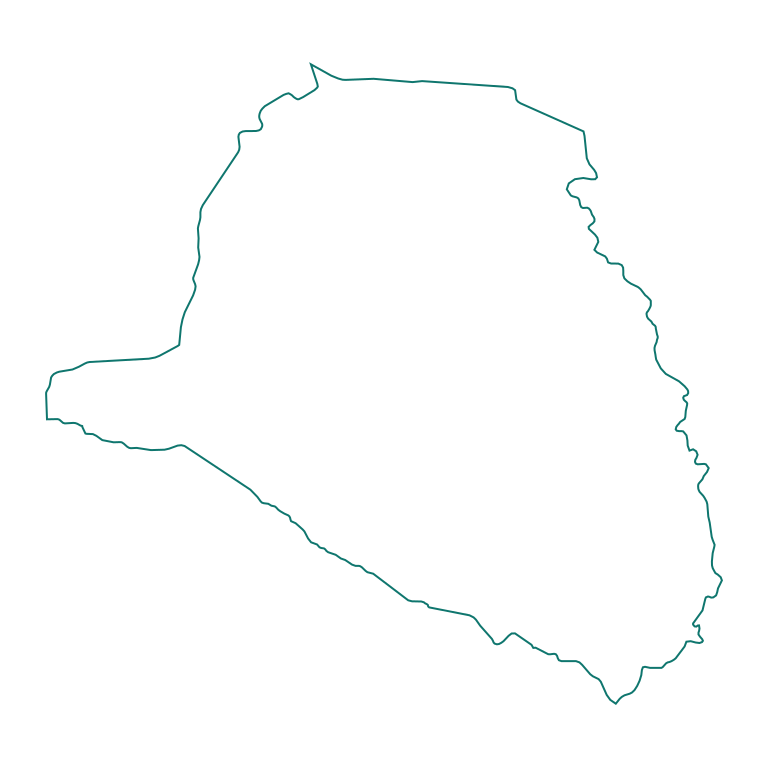 SVG path tracing the border of Presidente Hayes
{"feature_id": "PRY-605", "entity_name": "Presidente Hayes", "entity_type": "Department", "adm_level": 1, "iso_a3": "PRY", "parent_name": "Paraguay", "parent_adm1": "", "projection": "mercator", "projection_center": [-58.464, -23.686], "detail": "fine", "context": "isolated", "style": "outline", "palette": "teal", "viewbox_px": 768, "rotation_deg": 0, "n_neighbors": 0, "source": "natural_earth", "source_scale": "10m", "svg_char_len": 5049}
<svg xmlns="http://www.w3.org/2000/svg" viewBox="0 0 768 768"><path d="M64.9,423.4L63.1,422.9L59.4,419.7L57.7,419.1L47.0,419.3L46.1,393.7L46.2,392.4L46.8,391.1L49.2,386.9L49.9,384.6L51.1,377.5L52.2,375.8L53.8,374.1L56.8,372.5L59.3,371.7L72.5,369.5L79.0,366.7L84.7,363.6L87.2,362.5L89.7,362.0L148.8,358.7L155.2,357.5L159.5,355.8L177.7,346.0L179.1,345.0L179.2,344.9L180.9,327.2L182.5,319.4L184.8,312.2L193.1,295.4L195.1,289.7L195.6,286.3L195.1,284.1L193.6,280.5L193.2,279.1L193.2,277.8L198.1,264.3L199.1,260.2L199.5,256.9L198.2,247.5L198.6,238.4L197.9,228.4L198.3,226.2L200.0,219.9L200.4,217.3L200.4,212.2L201.0,209.0L202.8,205.1L238.1,152.3L239.2,149.8L239.6,146.8L239.5,146.0L238.4,136.8L238.8,134.6L239.9,132.9L242.6,131.5L245.5,131.1L256.0,131.0L258.8,130.4L260.8,129.2L262.1,126.6L262.3,125.1L262.1,123.8L259.7,119.1L259.3,117.6L259.2,116.1L259.5,114.1L259.9,112.9L260.8,110.7L262.4,108.6L264.8,106.2L283.6,94.9L286.2,93.9L288.6,93.3L290.5,94.3L292.0,95.3L293.7,97.0L295.1,98.0L296.6,98.9L297.8,99.3L298.8,99.2L303.1,97.1L314.5,90.1L317.2,87.6L317.8,86.5L317.3,83.8L310.9,64.3L331.3,75.7L338.2,78.5L342.5,79.7L345.5,79.9L373.6,78.8L412.6,82.1L422.1,81.1L507.9,87.0L512.5,88.3L515.1,90.2L516.4,99.6L517.9,101.6L520.5,103.3L583.5,131.4L584.5,135.9L586.8,158.3L589.5,164.4L594.1,169.8L596.1,173.1L597.0,177.3L595.2,179.2L591.2,179.3L583.3,178.0L574.9,179.2L568.8,183.4L566.8,189.3L570.8,195.4L572.5,196.3L576.7,197.4L578.3,198.4L579.3,200.3L580.2,205.0L581.3,207.2L583.0,208.0L587.2,207.7L588.9,208.5L590.2,210.1L590.8,211.1L592.0,214.6L593.8,217.2L594.5,219.0L594.4,221.4L592.8,223.3L590.4,225.1L588.6,226.9L588.9,228.9L595.0,234.6L597.4,237.8L598.3,241.9L594.4,249.8L597.1,252.5L605.2,256.4L606.9,258.7L608.1,262.4L611.0,263.5L618.3,263.6L621.7,265.1L623.1,267.6L623.3,270.9L623.3,275.1L624.4,278.4L627.4,281.3L631.0,283.7L637.9,287.0L639.1,287.9L640.7,289.3L645.2,295.2L647.1,296.7L650.1,299.8L650.8,300.9L650.8,305.2L650.5,306.4L649.5,308.5L648.0,311.1L646.9,312.4L646.5,313.8L647.0,316.6L648.1,318.6L651.4,321.6L652.6,323.8L655.1,325.8L655.7,326.9L655.8,328.4L657.0,334.4L657.7,336.4L657.7,337.9L657.0,339.8L656.6,342.1L655.0,345.8L654.5,348.0L654.6,350.4L655.4,354.6L655.7,356.8L656.2,359.6L660.8,368.4L665.8,373.9L679.0,381.3L684.6,386.2L687.3,389.4L688.1,391.0L688.2,393.1L687.1,395.0L683.9,396.2L683.2,397.8L683.8,399.7L685.2,401.1L686.5,402.2L687.2,403.3L687.1,404.9L685.8,410.8L685.3,417.0L684.6,419.0L680.4,421.8L679.7,422.5L679.1,423.5L677.7,425.0L676.3,426.9L675.7,429.3L676.7,430.7L678.9,431.1L681.4,431.1L683.2,431.4L686.5,435.4L687.4,440.4L687.7,445.6L689.5,450.6L693.1,449.3L696.2,451.3L697.6,454.8L696.4,458.0L695.3,459.8L695.0,461.9L695.8,463.6L697.6,464.3L704.2,463.9L705.9,464.3L708.7,468.1L707.0,472.0L703.8,476.0L702.4,479.3L699.1,483.1L698.4,484.2L698.2,485.0L698.1,486.2L698.3,488.8L698.9,490.5L699.7,492.0L703.2,495.8L704.6,497.9L706.6,501.6L707.3,504.2L708.3,516.6L709.7,522.6L711.7,536.8L712.6,539.7L714.6,544.8L714.3,546.7L712.7,553.1L711.9,561.4L712.0,565.4L712.7,568.1L714.0,570.6L715.4,573.1L717.8,574.6L720.7,577.2L721.9,580.4L718.0,588.4L717.2,592.2L716.1,595.4L713.3,597.4L711.2,597.6L709.6,596.9L708.0,596.5L705.9,597.4L705.3,598.9L702.5,610.4L693.1,623.4L693.1,624.6L694.6,626.4L696.3,626.6L697.8,625.5L699.0,625.4L699.5,628.5L699.1,630.8L698.5,632.6L698.5,634.5L700.1,636.8L702.2,639.2L702.9,640.8L702.0,642.1L699.5,643.0L695.6,642.5L690.7,641.2L686.4,641.7L684.6,646.5L675.7,658.3L673.8,659.8L671.6,661.1L669.5,662.0L667.7,662.4L666.1,663.3L662.7,667.1L661.4,667.9L655.4,667.9L650.2,667.9L645.0,666.8L642.9,667.3L641.9,670.0L641.3,675.1L639.6,680.7L637.2,685.9L634.5,690.1L632.0,692.5L629.7,693.7L624.5,695.3L621.8,696.9L619.7,698.8L615.8,703.7L610.3,699.9L606.7,694.9L600.8,681.7L598.6,679.1L592.9,676.3L590.2,674.2L582.1,664.8L579.5,662.4L575.9,661.1L561.4,661.1L558.9,660.2L557.8,658.2L557.1,655.9L555.8,654.2L554.1,653.8L550.0,654.3L548.2,654.2L535.6,647.7L533.3,647.9L531.5,644.8L515.0,633.4L511.6,633.5L508.6,635.8L503.5,641.2L501.3,642.8L499.0,644.0L496.9,644.3L494.6,643.6L493.6,642.5L493.0,640.9L491.9,638.9L480.2,625.7L475.9,619.6L473.6,617.4L469.5,615.3L429.2,607.4L428.2,606.5L427.8,604.9L426.6,604.0L425.2,603.4L423.9,602.3L421.3,601.5L412.0,601.3L408.2,600.3L373.2,573.7L367.4,572.2L365.6,570.9L361.9,567.3L360.2,566.2L359.1,565.9L355.6,565.9L352.0,564.6L345.2,560.0L340.9,558.5L335.7,554.8L328.1,552.2L326.3,550.8L325.3,549.4L324.0,548.4L321.2,548.0L319.5,547.3L317.1,544.5L311.1,542.3L308.1,538.5L304.4,531.4L302.7,529.5L295.6,523.2L291.1,521.2L290.5,519.6L290.1,517.8L289.4,516.4L288.3,515.4L284.3,513.6L280.2,511.2L278.2,509.7L276.2,507.5L274.8,506.4L271.4,505.7L268.3,503.8L263.7,503.2L261.9,502.6L260.6,501.3L257.4,496.9L250.4,489.7L184.6,446.0L181.3,445.2L177.6,445.6L169.0,448.7L164.6,449.7L151.0,450.1L136.7,447.9L130.9,448.2L129.2,447.9L127.3,446.8L123.7,443.6L121.7,442.3L120.1,442.1L113.6,442.3L102.3,440.1L96.3,435.8L92.9,434.1L86.4,433.8L85.4,433.5L82.4,427.1L82.2,426.0L80.6,425.6L77.4,423.8L75.4,423.1L73.3,422.9L64.9,423.4Z" fill="none" stroke="#0f766e" stroke-width="2"/></svg>